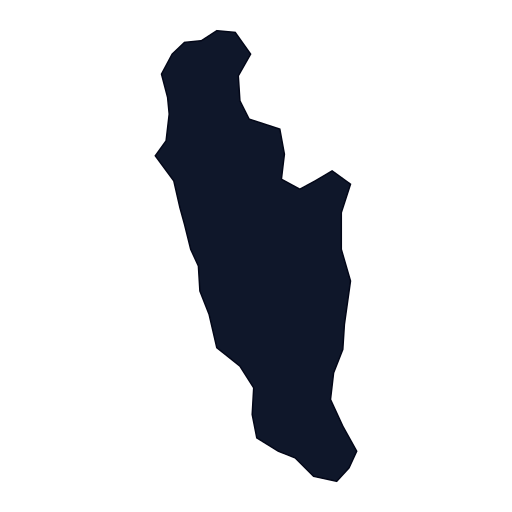 outline of Templos, Cyprus
{"feature_id": "46923920B79471002373027", "entity_name": "Templos", "entity_type": "district", "adm_level": 2, "iso_a3": "CYP", "parent_name": "Cyprus", "parent_adm1": "", "projection": "equal_earth", "projection_center": [33.291, 35.33], "detail": "fine", "context": "isolated", "style": "filled", "palette": "ink", "viewbox_px": 512, "rotation_deg": 0, "n_neighbors": 0, "source": "geoboundaries", "source_scale": "gbopen_adm2", "svg_char_len": 723}
<svg xmlns="http://www.w3.org/2000/svg" viewBox="0 0 512 512"><path d="M155.3,155.8L173.8,180.9L179.9,207.6L184.5,224.3L190.7,249.3L198.4,266.0L199.9,291.0L209.1,314.4L216.8,347.7L239.9,366.1L253.7,387.8L252.2,414.5L256.8,437.9L278.3,451.2L295.2,457.9L313.6,476.3L336.7,481.3L349.0,467.9L356.7,451.2L342.8,426.2L330.5,399.5L333.6,372.8L342.8,349.4L344.4,324.4L350.5,281.0L341.3,249.3L341.3,212.6L350.5,184.2L332.1,170.9L315.2,180.9L299.8,189.2L284.9,181.1L281.4,179.2L283.2,164.0L284.4,154.2L279.8,129.1L249.1,119.1L239.9,100.8L238.3,75.8L250.6,54.1L235.2,32.4L216.8,30.7L201.4,40.7L184.5,42.4L172.2,54.1L161.5,74.1L167.6,97.4L169.2,114.1L166.1,140.8L155.3,155.8Z" fill="#0f172a" stroke="#020617" stroke-width="1.5"/></svg>